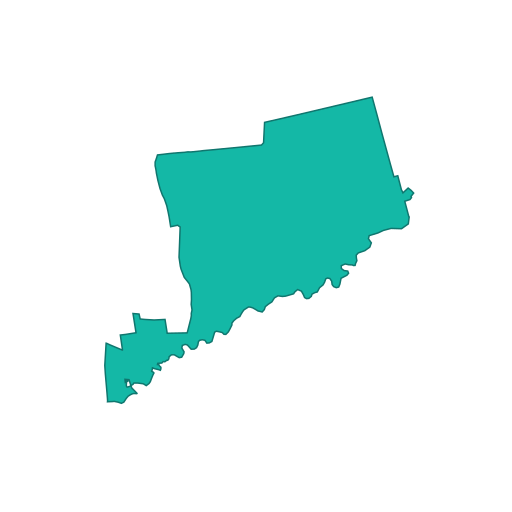 Vedea, Teleorman, Romania, rotated 292°
{"feature_id": "2599482B60509272705343", "entity_name": "Vedea", "entity_type": "district", "adm_level": 2, "iso_a3": "ROU", "parent_name": "Romania", "parent_adm1": "Teleorman", "projection": "mercator", "projection_center": [25.062, 44.098], "detail": "fine", "context": "isolated", "style": "filled", "palette": "teal", "viewbox_px": 512, "rotation_deg": 292, "n_neighbors": 0, "source": "geoboundaries", "source_scale": "gbopen_adm2", "svg_char_len": 3783}
<svg xmlns="http://www.w3.org/2000/svg" viewBox="0 0 512 512"><g transform="rotate(292 256 256)"><path d="M301.8,128.7L300.5,129.6L299.7,130.1L299.0,130.6L298.3,131.0L297.0,131.8L295.7,132.5L289.5,136.6L283.3,141.2L282.4,141.9L277.4,146.4L275.9,148.2L274.8,149.5L273.0,151.1L269.2,154.4L264.1,157.9L259.7,160.8L251.2,165.9L254.4,170.7L255.2,171.9L254.9,172.8L254.5,174.8L249.3,176.7L226.0,185.1L218.3,189.6L215.8,191.4L209.3,197.5L207.2,201.3L205.2,204.7L200.4,208.4L198.0,209.7L191.2,212.6L186.9,214.0L182.0,216.9L178.5,217.5L176.4,218.4L173.6,219.0L159.8,220.9L158.9,220.9L151.1,202.6L163.1,195.4L159.1,186.8L158.5,185.5L155.5,176.6L154.2,172.2L158.4,169.3L156.6,163.5L139.9,173.5L134.4,164.4L131.9,159.8L118.9,167.4L118.7,167.3L118.9,153.8L119.1,150.2L119.0,149.7L97.9,156.8L90.0,160.6L74.7,168.4L68.3,171.6L66.0,172.7L65.2,172.9L65.8,174.2L67.1,177.1L68.1,179.0L68.8,182.8L69.0,186.4L71.0,188.2L75.5,189.1L78.2,190.0L80.4,191.6L81.8,192.9L82.7,194.1L83.7,197.0L84.1,197.1L86.5,191.7L86.8,190.7L88.9,188.5L88.0,187.9L86.9,186.7L86.3,185.8L86.2,185.4L86.4,185.0L87.1,184.5L87.7,184.1L89.0,183.7L90.4,183.3L91.0,182.8L91.8,184.0L93.0,183.6L92.2,181.3L90.0,182.4L89.8,182.2L92.6,180.7L93.8,184.6L89.5,188.1L89.0,188.5L90.8,190.0L92.5,190.4L93.9,193.9L95.3,199.4L94.7,202.8L97.7,204.6L99.9,205.1L102.9,205.0L105.2,205.0L107.2,205.0L109.3,205.2L109.8,204.3L110.0,202.5L112.2,202.3L113.5,201.9L113.5,204.1L113.8,206.0L114.2,208.6L114.2,210.1L115.6,210.1L117.2,209.5L118.0,207.5L118.9,206.6L118.4,205.3L119.7,205.1L121.5,208.8L123.3,209.4L123.8,211.1L126.1,212.5L126.2,213.2L127.8,213.7L130.1,213.2L132.7,214.6L133.8,217.3L133.4,219.8L133.0,222.9L134.3,225.0L138.4,225.6L140.2,225.2L142.9,221.7L145.5,221.2L147.5,223.4L147.8,225.7L146.7,228.0L145.3,230.8L146.6,233.7L148.7,235.2L151.7,235.4L155.0,234.7L156.7,235.3L158.2,237.5L158.7,240.2L157.6,241.9L156.8,243.0L157.9,245.2L160.2,247.1L163.6,246.8L169.9,246.2L171.4,247.4L172.0,250.5L172.4,253.4L171.4,255.6L172.0,257.4L175.3,258.8L178.8,259.2L183.1,259.5L184.7,258.8L187.9,259.7L189.4,260.5L191.0,261.3L193.8,263.7L196.0,263.9L199.1,264.4L201.5,265.0L202.5,265.7L203.5,266.4L206.0,268.2L206.5,270.1L206.6,271.3L206.7,272.4L206.3,275.4L206.1,276.8L205.8,278.2L205.8,278.6L206.0,279.7L206.4,282.7L209.4,283.8L211.0,283.7L212.5,283.6L215.8,285.4L219.4,287.9L224.1,288.8L227.3,291.3L228.4,295.7L229.9,298.5L235.0,305.0L237.4,305.5L240.5,307.2L240.4,311.3L237.9,314.4L235.7,316.6L235.4,318.8L236.5,320.9L239.3,322.4L241.6,322.2L244.1,324.3L245.6,326.3L250.4,326.8L254.3,329.0L257.5,329.4L261.0,329.2L262.4,330.6L262.8,332.9L261.0,335.6L258.0,337.3L256.7,339.5L256.7,342.3L258.2,344.3L261.4,344.3L267.2,343.2L272.2,347.5L274.7,348.3L276.4,346.7L275.5,343.1L276.4,339.8L279.0,338.7L282.0,341.7L282.6,345.2L283.8,348.6L283.7,350.0L284.4,351.4L286.5,351.1L289.4,351.3L291.8,349.8L294.3,348.6L297.2,349.7L301.7,354.9L306.9,358.2L311.4,358.0L314.1,353.8L317.3,353.3L323.1,360.5L327.5,364.6L332.2,370.9L335.8,380.7L342.8,385.2L349.6,383.4L349.8,382.9L362.5,373.4L366.0,377.6L368.4,378.3L369.3,377.4L373.4,378.6L375.0,375.1L376.0,371.6L369.6,368.6L370.3,367.9L371.9,366.0L383.5,357.4L381.1,354.2L392.0,345.8L417.3,326.5L432.2,315.3L446.8,304.2L400.5,238.8L386.4,218.6L383.1,213.9L363.8,220.6L360.9,219.5L338.9,177.3L334.8,169.3L334.6,168.9L333.6,167.0L332.3,164.7L331.4,163.0L330.8,161.9L330.2,160.7L329.9,160.2L329.6,159.6L329.3,159.1L329.0,158.4L328.5,157.5L328.1,156.6L327.8,156.0L327.4,154.8L327.2,154.3L326.9,153.6L326.7,153.2L326.4,152.7L325.7,151.5L325.2,150.6L324.6,149.3L323.8,147.7L322.2,144.4L321.2,142.5L320.6,141.2L320.0,140.1L318.4,137.0L315.3,131.4L314.6,130.1L312.8,126.8L311.5,126.9L309.3,127.1L308.5,127.1L307.8,127.2L307.4,127.2L306.4,127.2L305.3,127.3L301.8,128.7Z" fill="#14b8a6" stroke="#0f766e" stroke-width="1.5"/></g></svg>